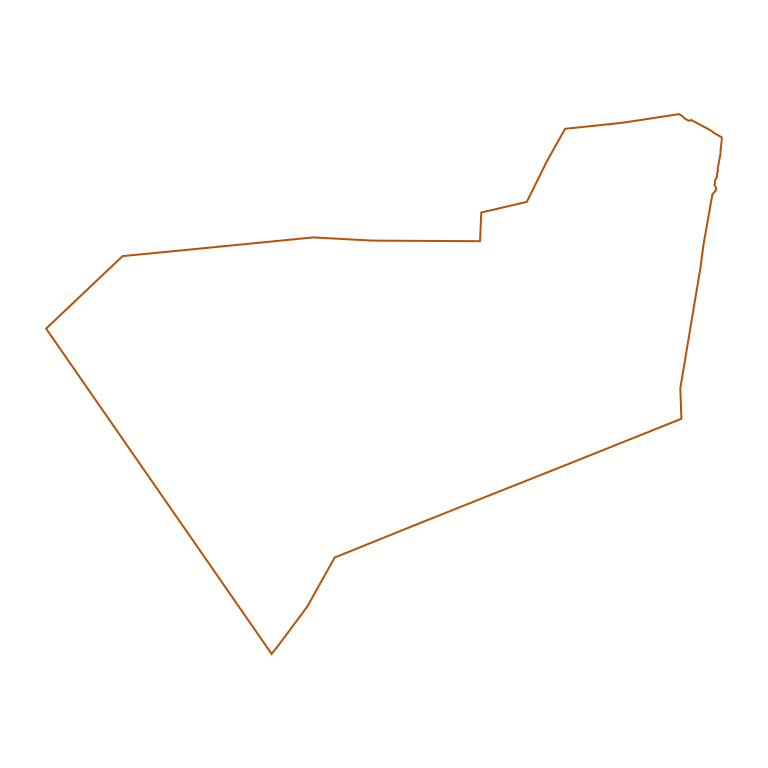 outline of Santo Tomás Mazaltepec, Oaxaca, Mexico
{"feature_id": "50627088B31579433825276", "entity_name": "Santo Tomás Mazaltepec", "entity_type": "district", "adm_level": 2, "iso_a3": "MEX", "parent_name": "Mexico", "parent_adm1": "Oaxaca", "projection": "orthographic", "projection_center": [-96.882, 17.144], "detail": "fine", "context": "isolated", "style": "outline", "palette": "amber", "viewbox_px": 768, "rotation_deg": 0, "n_neighbors": 0, "source": "geoboundaries", "source_scale": "gbopen_adm2", "svg_char_len": 858}
<svg xmlns="http://www.w3.org/2000/svg" viewBox="0 0 768 768"><path d="M680.3,388.2L700.5,267.4L703.4,245.2L712.4,194.2L713.1,193.5L715.4,191.0L715.7,190.0L716.2,189.3L715.8,187.2L714.4,184.6L715.0,182.9L715.1,180.7L716.0,178.4L717.0,176.9L717.0,174.1L718.1,170.4L717.6,169.1L720.4,154.3L720.4,154.2L720.5,152.9L720.7,149.4L721.9,138.4L721.9,138.1L721.8,137.7L721.7,137.4L720.0,136.3L713.3,132.6L712.0,131.4L710.0,130.1L709.8,129.9L691.3,120.0L690.3,120.6L688.5,120.6L685.2,118.8L684.8,118.6L682.1,115.9L678.8,114.1L642.0,119.8L621.8,122.8L565.1,128.8L547.2,160.7L528.7,198.0L526.7,201.9L504.3,207.1L481.3,212.5L480.0,241.2L371.9,240.6L313.5,237.4L122.6,256.1L46.1,328.6L271.6,653.9L278.6,645.1L307.2,606.7L334.7,557.5L409.9,527.1L493.3,493.8L536.4,476.7L592.3,454.4L619.5,443.5L681.4,418.7L680.3,388.2Z" fill="none" stroke="#b45309" stroke-width="2"/></svg>